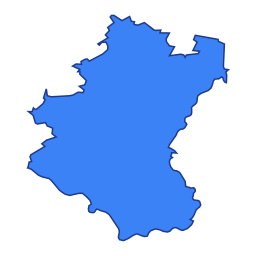 an SVG outline of Luxembourg
{"feature_id": "BEL-3477", "entity_name": "Luxembourg", "entity_type": "Province", "adm_level": 1, "iso_a3": "BEL", "parent_name": "Belgium", "parent_adm1": "", "projection": "natural_earth1", "projection_center": [5.558, 49.963], "detail": "fine", "context": "isolated", "style": "filled", "palette": "blue", "viewbox_px": 256, "rotation_deg": 0, "n_neighbors": 0, "source": "natural_earth", "source_scale": "10m", "svg_char_len": 2895}
<svg xmlns="http://www.w3.org/2000/svg" viewBox="0 0 256 256"><path d="M69.8,195.4L65.5,194.3L62.1,192.2L59.3,190.0L51.2,180.3L49.0,178.5L42.3,176.9L38.5,175.2L31.5,169.4L28.1,167.9L27.6,167.9L28.3,166.2L29.1,162.1L31.6,161.5L30.0,156.9L30.8,154.8L44.9,146.4L41.8,143.8L46.6,140.1L56.1,137.0L52.0,133.6L52.7,128.2L47.2,125.9L45.5,122.6L37.5,124.0L35.5,123.1L33.1,115.3L28.5,111.6L32.1,111.7L33.4,107.9L35.1,109.4L36.9,108.9L43.1,103.6L45.1,99.6L43.5,98.2L46.3,88.9L47.3,95.7L51.3,96.8L69.0,95.8L73.0,95.1L78.1,92.2L83.1,92.6L84.1,90.0L79.3,86.3L84.7,84.9L86.4,80.6L79.8,74.2L80.0,71.8L77.8,71.7L79.8,69.4L72.6,66.1L76.1,64.0L81.5,64.3L81.0,61.5L85.2,59.2L87.3,59.0L89.3,61.1L102.6,54.1L107.7,49.7L107.9,46.0L106.0,42.2L101.7,42.4L99.3,45.2L97.9,43.9L108.1,37.7L105.4,34.9L109.4,30.5L107.7,27.4L114.0,22.6L110.2,17.1L111.4,15.5L113.9,15.4L122.0,20.6L129.6,16.5L131.3,21.2L134.5,21.8L133.9,23.9L134.9,24.7L138.0,25.1L144.4,22.6L154.6,30.4L160.8,30.1L160.0,32.9L169.4,33.0L166.2,38.9L166.4,41.6L169.4,45.8L174.5,46.8L169.5,55.7L180.8,54.2L183.8,55.0L185.1,57.3L186.3,55.0L198.2,53.6L199.5,51.3L192.9,50.5L197.1,42.1L193.6,39.7L195.3,35.3L218.1,39.4L218.4,41.4L224.4,44.0L223.4,66.3L224.3,69.0L228.4,69.7L225.8,72.1L226.6,74.7L226.7,75.3L226.4,82.7L224.7,82.0L223.5,80.2L222.9,77.9L221.7,76.9L218.8,78.8L214.8,79.1L213.2,81.3L212.4,84.6L211.0,88.1L208.2,90.5L201.2,93.3L198.0,95.6L197.4,97.2L197.0,101.1L196.5,102.7L195.4,104.1L192.7,106.1L191.5,107.6L191.7,110.3L191.7,112.6L191.3,114.5L189.9,115.7L186.1,117.1L184.9,118.4L184.7,121.7L186.1,123.0L186.8,124.4L184.8,127.7L183.2,128.9L180.4,129.4L179.1,130.2L177.6,131.8L176.9,133.0L176.5,134.3L175.7,135.8L169.2,145.1L168.4,147.4L170.7,148.3L174.8,150.9L176.6,153.1L171.6,152.7L171.6,154.1L171.4,154.8L171.0,155.4L170.7,156.2L172.5,157.6L170.3,158.9L169.4,161.2L169.7,164.1L170.9,167.1L172.9,169.8L174.8,170.6L176.8,170.9L179.2,172.1L180.4,173.6L184.9,180.9L185.2,182.1L185.6,185.4L185.5,186.0L186.7,186.8L189.4,187.4L190.5,188.0L191.6,188.1L192.8,187.8L194.0,187.9L195.1,189.3L195.2,189.8L195.3,191.1L194.6,192.1L193.7,193.0L193.4,194.3L193.3,195.9L192.8,196.7L192.5,197.5L193.2,199.3L194.5,200.1L198.2,200.5L199.6,201.4L200.7,204.9L199.6,207.0L197.7,208.4L196.2,209.9L193.8,215.4L192.3,217.8L190.2,219.5L193.4,221.0L191.6,224.7L187.3,228.6L182.8,230.4L180.6,229.9L176.5,227.8L174.4,227.6L172.4,228.5L170.0,231.1L167.6,232.0L163.5,231.4L159.5,229.7L155.2,228.9L150.5,230.9L148.3,233.5L147.8,235.2L147.2,236.2L144.4,236.5L142.8,236.1L136.9,233.8L133.3,235.2L128.6,238.3L123.7,240.6L119.6,239.7L118.4,237.6L118.6,235.4L119.2,233.2L119.3,230.7L118.5,228.4L109.4,214.8L107.3,213.2L105.9,212.2L100.0,210.4L97.9,209.3L96.7,209.1L96.0,209.8L95.2,211.1L94.2,212.3L92.9,212.7L89.7,212.2L88.8,211.2L88.4,209.0L89.0,205.6L90.5,204.8L91.3,203.9L90.0,200.3L86.4,196.6L82.5,193.3L78.4,193.4L69.8,195.4Z" fill="#3b82f6" stroke="#1e3a8a" stroke-width="1.5"/></svg>